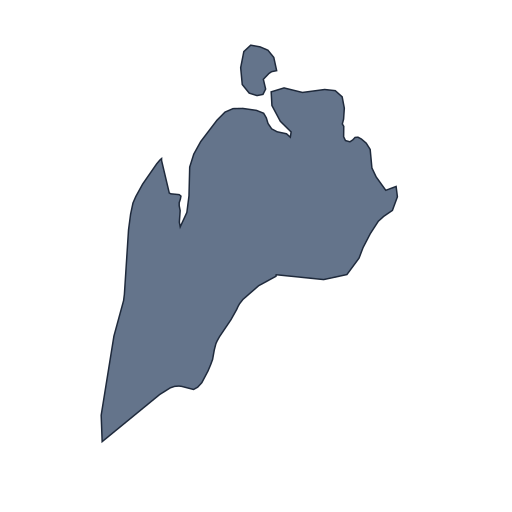 an SVG outline of Krong Preah Sihanouk, rotated 189°
{"feature_id": "KHM-1800", "entity_name": "Krong Preah Sihanouk", "entity_type": "Municipality", "adm_level": 1, "iso_a3": "KHM", "parent_name": "Cambodia", "parent_adm1": "", "projection": "equal_earth", "projection_center": [103.754, 10.721], "detail": "fine", "context": "isolated", "style": "filled", "palette": "slate", "viewbox_px": 512, "rotation_deg": 189, "n_neighbors": 0, "source": "natural_earth", "source_scale": "10m", "svg_char_len": 1598}
<svg xmlns="http://www.w3.org/2000/svg" viewBox="0 0 512 512"><g transform="rotate(189 256 256)"><path d="M364.5,337.5L364.2,335.5L351.5,304.6L349.8,304.1L341.5,304.6L339.5,303.4L339.6,300.3L340.2,296.6L339.7,293.6L338.0,288.9L337.0,277.4L335.4,272.9L331.1,288.2L331.6,304.9L335.4,333.5L333.4,346.9L328.5,360.4L315.8,384.0L309.1,393.3L301.7,398.0L292.0,399.7L278.3,399.9L270.8,398.2L267.4,394.0L264.9,388.8L260.4,384.0L254.6,382.0L245.0,381.5L240.7,378.7L240.7,384.0L253.0,392.8L263.8,407.1L266.7,420.5L254.6,426.4L235.7,424.8L214.2,431.2L203.6,431.7L195.8,426.7L191.9,415.8L190.9,404.9L191.4,399.9L189.6,397.8L188.1,387.5L185.7,384.0L181.1,383.5L178.6,385.8L176.7,388.6L173.9,389.3L170.2,388.0L164.8,384.7L159.9,379.1L155.3,361.1L149.7,352.9L138.1,341.2L128.5,346.6L125.6,336.6L128.4,322.4L136.0,315.2L140.6,309.5L146.6,296.0L151.6,281.0L153.9,270.0L163.3,251.9L185.5,243.3L230.5,240.8L230.9,240.8L233.1,240.6L233.1,239.1L248.7,227.1L262.1,211.1L264.8,206.2L265.9,203.2L266.7,200.2L270.8,189.1L279.4,170.7L281.1,166.0L281.9,163.1L282.5,156.8L282.7,147.0L283.8,141.5L285.4,135.0L289.7,122.4L293.1,117.3L296.8,114.4L309.0,115.6L311.8,115.5L316.0,114.5L320.0,112.4L329.4,104.2L378.9,48.6L384.0,74.5L383.8,154.7L379.8,191.2L380.0,197.6L386.0,262.0L386.4,277.8L385.8,289.1L384.0,296.0L379.2,309.3L368.5,331.5L365.9,335.8L364.6,337.4L364.5,337.5ZM288.2,415.8L296.4,423.2L300.6,439.6L300.0,456.0L294.2,463.4L284.7,463.2L276.4,461.1L269.5,454.9L264.6,442.3L269.4,440.5L271.8,438.3L276.4,431.7L272.6,422.4L274.4,416.7L280.1,414.6L288.2,415.8Z" fill="#64748b" stroke="#1e293b" stroke-width="1.5"/></g></svg>